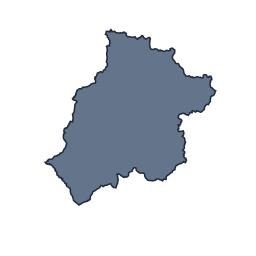 outline of Nyaruguru, Southern, Rwanda, rotated 120°
{"feature_id": "39286606B69204186902764", "entity_name": "Nyaruguru", "entity_type": "district", "adm_level": 2, "iso_a3": "RWA", "parent_name": "Rwanda", "parent_adm1": "Southern", "projection": "mercator", "projection_center": [29.568, -2.686], "detail": "fine", "context": "isolated", "style": "filled", "palette": "slate", "viewbox_px": 256, "rotation_deg": 120, "n_neighbors": 0, "source": "geoboundaries", "source_scale": "gbopen_adm2", "svg_char_len": 5793}
<svg xmlns="http://www.w3.org/2000/svg" viewBox="0 0 256 256"><g transform="rotate(120 128 128)"><path d="M219.3,132.1L216.9,130.5L215.0,129.9L214.0,128.7L212.9,128.0L212.6,127.4L211.3,126.7L211.4,126.3L210.4,126.4L209.5,125.2L208.8,125.1L205.6,126.5L203.2,126.1L200.7,126.6L199.5,125.6L196.7,124.4L194.0,122.8L191.3,122.7L191.0,121.2L191.3,120.3L190.3,119.7L189.4,119.6L188.2,117.8L185.6,115.9L185.2,115.2L185.1,114.6L186.0,113.5L186.7,110.8L185.8,108.6L182.1,109.5L181.5,109.2L179.1,110.3L177.9,110.4L177.6,111.0L176.5,111.5L176.0,112.4L174.9,112.9L174.0,114.1L173.3,114.3L173.5,113.7L172.8,113.4L172.3,112.5L172.5,111.9L172.3,111.0L172.8,110.4L172.6,108.4L173.0,107.4L172.8,106.8L172.2,106.7L172.0,106.0L171.6,106.0L171.2,104.6L169.9,103.9L168.5,103.9L166.5,105.0L165.1,104.3L163.3,102.7L162.0,103.3L160.6,103.0L159.6,103.2L158.7,101.5L158.6,101.2L160.6,99.6L161.2,96.3L161.0,94.7L159.9,93.5L159.3,91.5L159.7,90.6L161.5,89.2L162.5,87.7L163.3,85.0L162.8,83.3L161.1,79.7L160.2,79.0L159.4,78.0L157.5,77.5L156.8,75.3L156.9,74.2L156.4,73.3L156.5,71.6L154.4,71.6L153.6,69.4L152.9,69.4L151.7,70.5L150.3,70.5L147.6,69.2L145.3,68.5L144.5,67.6L142.4,67.9L140.7,66.5L139.7,67.0L137.0,67.6L133.6,65.8L132.5,64.5L130.0,63.1L129.9,62.8L129.2,62.8L129.3,60.9L126.5,61.3L126.0,62.8L125.4,62.8L125.6,63.4L125.2,65.1L124.4,65.8L123.9,65.6L123.4,65.8L123.2,66.7L122.4,66.8L121.6,66.3L121.2,66.7L120.5,66.8L120.0,67.5L120.2,68.7L119.9,69.4L119.4,69.6L118.8,69.2L117.1,69.2L115.7,70.3L113.9,70.6L113.7,71.0L113.0,71.1L112.7,70.9L112.2,71.3L111.7,71.1L111.2,71.3L111.0,72.3L109.5,73.0L108.4,74.3L108.1,76.7L106.5,76.4L105.8,76.8L104.9,76.7L102.8,78.6L104.1,80.0L104.8,81.5L105.3,81.8L105.8,82.5L105.5,83.2L104.3,84.2L103.7,83.5L103.2,83.6L102.6,84.3L101.1,84.9L100.3,86.1L99.9,85.6L99.9,84.8L99.7,85.0L99.1,84.5L97.9,84.5L96.8,85.4L96.0,84.7L95.5,85.2L94.8,85.0L94.0,86.2L94.3,87.7L94.0,89.5L93.8,89.9L93.0,89.9L92.5,90.3L90.6,90.3L88.0,88.0L87.0,86.2L87.5,85.4L87.3,83.9L86.8,83.1L87.0,82.3L85.3,81.9L83.8,82.1L82.7,80.1L82.0,80.4L81.6,81.1L80.4,80.4L80.2,79.6L80.7,78.7L80.3,78.3L80.4,77.5L79.6,77.0L78.7,77.2L78.0,73.0L77.8,72.7L73.8,71.2L71.6,72.2L68.9,71.9L67.7,71.1L67.6,70.1L65.1,70.2L64.0,69.9L61.6,71.3L60.7,71.3L59.4,72.0L57.8,71.2L57.8,70.7L56.8,70.2L54.2,70.2L52.7,70.8L52.0,70.6L52.0,73.4L51.5,74.0L51.2,75.5L51.5,76.2L51.1,77.2L49.0,78.9L47.6,79.5L47.0,79.4L46.4,79.7L45.8,80.4L45.0,80.3L44.3,79.6L43.1,80.3L42.3,81.6L41.8,81.9L42.2,83.1L43.0,83.6L43.7,83.4L44.1,83.9L44.1,85.2L42.9,86.3L43.0,87.3L43.7,88.7L44.6,89.1L47.1,88.2L47.8,89.0L47.8,90.5L48.4,91.1L49.0,93.8L50.3,94.8L51.9,96.9L51.5,98.1L52.6,99.2L52.1,100.9L53.1,101.8L54.1,104.0L53.3,105.2L52.8,106.8L51.1,108.1L49.3,110.1L48.8,113.9L47.1,116.6L48.0,118.3L48.1,119.2L46.8,121.0L45.8,123.8L44.2,125.2L41.6,125.4L39.8,125.1L37.1,126.4L36.7,129.8L38.4,131.2L39.8,130.3L40.7,131.2L41.6,133.7L42.5,134.0L43.4,134.7L44.0,135.9L43.8,137.1L44.8,138.6L44.4,139.1L46.0,140.2L45.4,140.9L45.3,142.5L45.7,143.8L46.1,144.5L47.2,145.0L48.3,147.4L47.1,149.2L45.2,150.8L42.8,152.1L41.9,152.3L41.3,152.9L39.8,153.1L39.2,153.5L38.9,154.5L39.0,155.0L42.2,157.2L41.8,159.2L41.9,159.7L41.0,160.6L40.8,161.7L41.1,162.2L42.1,162.1L42.4,162.6L43.4,162.5L44.9,164.2L46.1,163.9L46.5,164.1L46.1,166.3L45.4,167.6L46.4,168.4L47.8,170.6L48.1,172.4L49.2,174.2L48.1,176.5L47.0,176.7L46.9,177.6L47.4,178.7L46.9,179.3L47.3,180.0L48.0,180.1L49.0,180.9L49.2,182.2L49.9,182.5L51.3,185.7L51.5,186.7L51.0,187.3L51.1,188.3L51.9,188.9L52.7,190.1L52.5,190.6L52.0,190.6L51.5,191.2L51.3,192.0L52.8,192.2L53.9,191.9L54.4,193.9L55.2,195.1L56.4,194.5L58.2,194.4L58.1,192.2L59.7,191.3L60.2,189.5L60.8,189.0L61.5,187.3L62.3,187.1L62.6,186.7L63.2,186.7L63.6,185.9L64.8,185.9L66.1,185.1L66.5,186.4L67.2,186.7L67.7,187.3L68.2,187.4L68.6,186.5L70.4,185.4L71.4,184.3L72.1,184.6L72.9,184.0L73.8,183.9L76.3,182.3L76.5,181.6L81.7,179.7L82.3,178.1L83.2,178.0L83.5,177.4L84.7,176.8L86.0,177.6L88.8,177.1L90.2,178.1L92.0,177.8L92.8,178.1L92.8,179.5L93.0,180.0L95.3,181.4L95.7,182.0L98.7,181.2L100.3,182.0L100.7,181.2L101.2,181.0L101.6,181.6L102.1,181.5L102.4,180.7L104.1,179.0L105.6,178.8L106.5,180.3L108.2,181.8L110.5,182.5L112.7,184.0L112.9,184.5L114.6,186.1L115.0,187.4L115.8,187.8L117.3,187.8L118.2,189.7L119.5,190.4L121.0,190.6L121.0,190.9L124.8,190.3L125.0,189.7L125.8,189.7L126.9,189.7L127.1,190.2L127.9,190.3L128.2,189.9L128.6,190.5L129.8,190.5L130.2,190.8L130.6,190.5L131.0,189.2L130.2,186.0L130.6,185.4L131.5,185.2L132.3,185.6L134.2,185.7L140.4,182.9L142.5,182.7L143.9,183.0L144.6,182.2L147.8,179.9L148.3,180.0L150.3,179.0L150.7,179.3L150.8,181.0L151.6,181.4L152.5,180.8L152.8,181.2L153.9,181.3L154.6,180.5L155.7,181.2L157.8,180.7L158.1,181.2L158.9,181.2L159.2,182.2L160.8,182.7L161.8,182.2L162.3,182.3L163.6,181.2L163.6,180.7L163.9,181.1L164.1,181.0L164.5,180.2L165.7,180.7L168.5,179.3L169.8,177.9L170.2,177.0L170.1,176.2L170.8,175.8L171.5,174.1L172.4,173.1L174.3,173.0L174.9,172.5L175.9,172.6L176.3,172.3L178.0,172.8L181.4,172.5L183.0,173.2L183.7,174.2L185.4,174.1L186.5,175.3L187.7,175.6L187.8,176.0L188.2,176.1L188.5,176.9L189.8,177.7L192.5,177.9L193.8,179.2L194.4,180.7L195.1,180.8L196.4,181.6L196.7,181.5L196.6,180.8L197.0,180.8L198.4,181.9L199.0,181.9L199.2,182.4L199.6,181.5L199.7,179.7L199.0,178.9L199.1,177.8L198.7,177.6L198.3,177.8L198.0,176.6L198.6,176.1L198.7,174.0L199.5,173.1L199.6,171.2L200.2,170.8L200.2,170.2L200.7,169.7L201.4,169.8L201.9,167.7L202.6,167.0L203.7,166.5L204.2,165.9L204.3,164.1L205.1,163.4L205.1,161.9L204.2,161.1L205.2,160.3L204.8,159.0L205.9,159.1L206.2,158.5L206.2,156.8L207.3,155.2L207.4,154.4L206.9,153.5L207.4,153.2L207.8,153.4L209.0,152.0L209.3,149.0L209.1,148.2L209.8,147.8L210.2,147.0L212.1,146.1L212.5,145.5L213.6,144.7L215.0,141.7L218.0,138.9L218.7,135.3L218.9,132.5L219.3,132.1Z" fill="#64748b" stroke="#1e293b" stroke-width="1.5"/></g></svg>